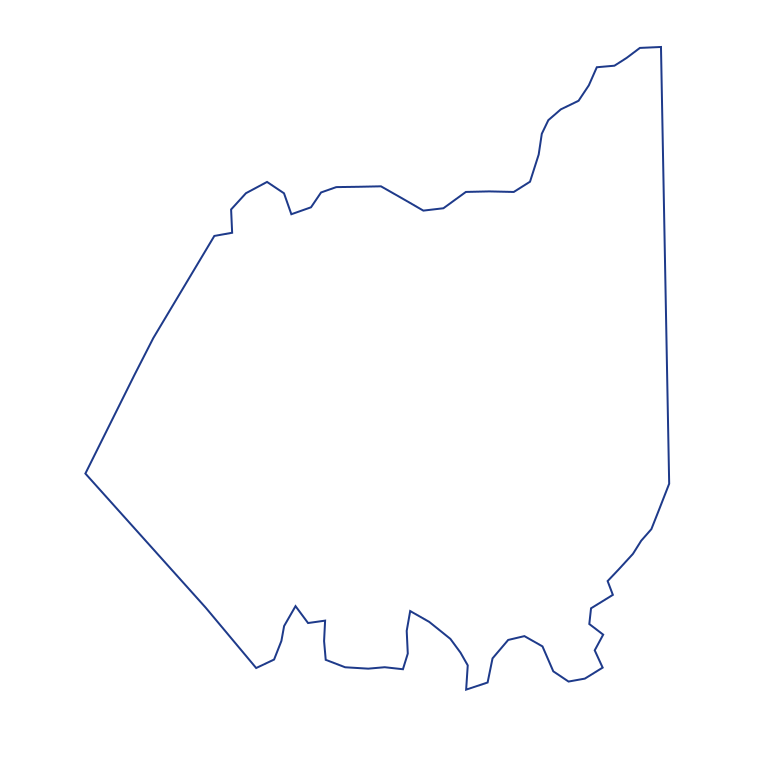 outline of Caturité, Paraíba, Brazil, rotated 85°
{"feature_id": "56859067B30127882729659", "entity_name": "Caturité", "entity_type": "district", "adm_level": 2, "iso_a3": "BRA", "parent_name": "Brazil", "parent_adm1": "Paraíba", "projection": "albers", "projection_center": [-36.05, -7.423], "detail": "fine", "context": "isolated", "style": "outline", "palette": "blue", "viewbox_px": 768, "rotation_deg": 85, "n_neighbors": 0, "source": "geoboundaries", "source_scale": "gbopen_adm2", "svg_char_len": 1082}
<svg xmlns="http://www.w3.org/2000/svg" viewBox="0 0 768 768"><g transform="rotate(85 384 384)"><path d="M655.8,536.1L648.9,517.5L631.0,508.6L616.4,504.6L597.6,491.5L615.5,480.5L614.6,463.3L634.9,466.1L653.7,466.1L662.8,447.4L666.2,424.5L666.2,408.0L669.8,390.0L654.6,383.8L631.9,382.9L612.5,377.7L624.9,359.7L643.7,340.1L658.3,331.2L671.6,325.1L695.6,328.8L690.4,306.8L666.8,299.8L649.8,282.6L647.4,266.1L659.2,249.0L685.0,240.4L696.5,226.1L695.0,209.6L685.6,190.9L667.7,197.3L652.8,187.5L641.0,200.4L625.5,197.3L614.0,174.4L599.8,178.4L589.2,166.4L574.9,150.8L562.5,141.4L551.9,130.3L533.7,121.2L508.2,108.6L72.4,78.7L71.5,99.8L80.3,113.9L87.0,126.7L87.0,144.4L104.3,153.9L118.8,165.5L125.8,183.9L135.5,197.3L148.5,205.0L168.9,209.9L195.2,220.9L204.0,238.0L201.3,262.4L199.8,285.7L214.1,309.5L214.7,329.7L201.6,348.4L186.8,369.8L185.3,392.4L183.7,414.4L187.7,430.0L201.6,441.3L206.8,461.5L185.3,467.0L172.5,482.9L181.9,504.9L196.8,521.1L220.1,522.1L221.7,540.1L318.1,609.8L353.2,631.8L447.2,689.3L591.3,581.1L655.8,536.1Z" fill="none" stroke="#1e3a8a" stroke-width="2"/></g></svg>